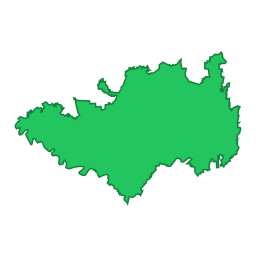 Hueyapan de Ocampo, Veracruz, Mexico
{"feature_id": "50627088B79595248212250", "entity_name": "Hueyapan de Ocampo", "entity_type": "district", "adm_level": 2, "iso_a3": "MEX", "parent_name": "Mexico", "parent_adm1": "Veracruz", "projection": "robinson", "projection_center": [-95.171, 18.195], "detail": "fine", "context": "isolated", "style": "filled", "palette": "green", "viewbox_px": 256, "rotation_deg": 0, "n_neighbors": 0, "source": "geoboundaries", "source_scale": "gbopen_adm2", "svg_char_len": 5801}
<svg xmlns="http://www.w3.org/2000/svg" viewBox="0 0 256 256"><path d="M223.9,166.6L224.2,166.2L223.7,165.2L226.3,164.0L225.9,162.8L227.0,163.2L228.2,161.6L230.1,161.2L229.9,158.2L231.3,158.1L230.8,157.4L231.6,156.4L232.6,157.1L234.3,154.3L235.3,154.8L236.8,154.0L237.0,150.9L237.7,150.6L238.9,147.6L237.4,145.4L237.4,142.9L236.1,143.3L237.3,142.1L237.6,140.8L236.1,139.9L238.1,138.7L237.2,137.6L237.1,135.4L239.7,132.8L240.6,128.6L240.0,127.4L237.8,127.6L237.7,123.7L239.0,122.6L237.3,122.9L238.7,116.5L238.8,115.4L238.0,115.4L238.4,110.0L240.0,106.9L237.8,105.9L237.7,106.6L236.0,106.5L233.0,108.1L231.6,110.5L230.3,109.2L230.8,109.0L230.9,108.5L228.9,106.9L229.7,105.8L229.0,105.7L229.1,105.0L229.9,104.9L229.9,102.9L229.2,103.0L229.5,98.5L226.5,99.2L226.0,98.0L226.9,97.8L226.4,97.0L226.9,94.1L225.8,94.2L226.0,91.9L226.6,92.0L227.3,90.2L226.4,90.0L227.4,89.2L227.1,86.9L229.0,86.8L229.5,83.1L227.4,83.6L225.7,86.9L224.3,86.9L224.1,88.9L222.6,88.9L222.0,90.4L223.1,90.6L222.9,91.6L221.1,91.4L221.3,90.4L220.4,90.3L220.7,88.9L222.2,88.9L222.5,86.4L221.6,86.3L221.9,83.3L222.8,83.2L223.9,77.2L222.0,77.3L222.2,76.4L221.1,76.4L221.0,71.5L222.4,71.8L222.0,69.0L219.3,69.1L218.9,64.5L220.3,64.4L220.2,63.6L225.1,63.4L226.2,61.6L222.8,58.0L222.2,53.6L221.2,52.2L218.3,54.6L214.7,54.4L212.1,56.9L210.0,57.0L210.1,58.8L209.6,58.8L209.4,60.1L210.0,61.5L207.0,61.0L207.2,63.0L204.8,62.6L204.8,68.7L208.5,69.2L209.4,77.1L205.8,76.7L205.8,77.5L204.1,77.9L204.1,79.2L202.4,78.9L202.9,81.5L201.9,81.3L202.1,82.9L201.1,82.8L199.5,84.6L188.5,81.3L188.6,80.5L185.5,76.3L185.1,73.6L186.3,68.5L183.5,68.3L182.7,69.3L181.9,68.6L180.8,62.8L181.1,59.4L179.2,60.9L179.2,62.2L177.9,62.8L177.4,64.1L173.1,65.4L172.6,64.8L171.2,66.1L169.5,64.7L168.8,65.2L162.7,62.2L159.4,64.8L159.1,68.9L153.7,73.0L150.9,73.1L150.1,74.0L149.6,73.5L148.7,74.4L146.1,71.8L146.5,70.7L148.5,71.3L148.4,69.8L149.7,70.0L147.6,68.1L148.3,67.5L147.4,65.8L145.7,68.1L143.3,66.4L141.7,69.2L142.4,67.2L139.9,65.9L138.3,68.1L137.1,67.2L135.8,69.2L133.9,68.2L134.1,67.0L132.7,67.5L132.7,69.4L130.9,69.3L130.8,67.7L129.0,67.9L129.1,70.2L127.2,70.3L127.2,71.1L125.6,71.5L125.1,75.8L126.6,76.0L126.5,76.4L122.9,85.9L121.2,87.1L121.1,89.6L118.2,93.0L115.9,92.3L114.1,93.0L112.8,91.9L109.3,91.8L109.4,90.8L108.5,90.0L110.1,90.4L110.2,89.8L108.3,89.4L107.3,85.8L106.4,85.8L105.1,82.5L105.6,81.5L102.3,81.8L103.1,81.2L103.0,78.6L102.1,78.7L102.1,80.0L100.2,80.1L100.3,81.4L99.3,81.3L99.3,84.2L98.3,84.1L97.7,85.6L98.4,86.3L98.3,89.0L102.3,89.1L102.4,91.1L104.0,91.0L104.0,92.6L107.8,93.1L107.5,93.8L109.4,94.6L109.3,95.2L111.6,94.9L111.2,96.2L114.3,96.3L114.4,95.3L117.0,95.7L115.7,99.8L112.9,102.7L113.0,103.4L111.5,104.3L109.1,102.7L108.4,102.9L108.9,104.3L105.3,104.9L105.2,109.0L101.6,110.0L100.9,106.5L95.6,106.8L95.5,103.4L90.1,103.7L89.4,100.9L78.3,100.5L75.6,99.7L75.5,98.3L73.8,98.0L74.2,99.3L75.0,99.5L77.9,112.4L79.7,115.4L76.7,117.1L76.5,118.1L74.3,117.9L74.7,118.9L73.1,118.2L72.3,116.7L71.9,117.2L69.9,115.0L68.4,116.8L68.0,116.5L67.7,116.2L69.1,114.2L68.3,113.5L67.2,115.1L66.5,114.5L65.1,116.3L63.5,114.6L61.2,114.3L60.1,113.0L63.9,108.0L62.1,107.4L62.1,108.5L61.6,108.8L61.2,106.7L61.8,106.7L61.9,106.0L60.7,104.9L59.0,104.8L57.4,103.2L56.7,104.5L55.9,103.2L55.1,103.9L55.9,106.2L54.7,105.3L54.0,106.5L53.3,105.5L53.6,104.4L52.6,104.2L52.3,103.5L50.3,105.2L48.3,104.5L47.0,102.7L45.6,102.0L42.2,104.0L44.4,107.8L42.0,109.2L42.6,111.0L42.0,112.0L40.7,112.0L41.9,109.3L41.2,107.8L38.6,108.5L37.5,107.3L34.7,109.2L32.6,112.2L31.3,110.3L30.5,110.1L30.2,110.8L31.3,112.3L30.6,113.6L29.3,111.9L27.3,112.4L28.7,115.1L28.6,116.4L26.9,114.3L27.5,117.3L24.9,118.5L20.3,116.7L18.2,118.6L19.5,120.5L19.3,121.2L17.7,121.9L15.4,125.2L15.5,127.2L16.6,128.7L20.1,127.7L18.9,132.8L19.2,134.3L20.0,135.0L22.1,134.2L24.6,130.8L26.9,129.5L28.0,130.1L28.1,130.9L26.1,133.6L26.0,135.4L31.0,144.6L32.0,144.0L33.0,138.8L33.9,138.5L35.1,139.2L37.4,142.8L41.2,141.7L42.5,142.3L44.4,147.4L48.5,151.1L50.1,151.6L52.8,149.1L54.2,149.1L54.6,150.5L51.9,152.7L51.8,154.6L52.9,155.8L56.3,155.1L58.5,156.3L59.4,158.4L58.7,163.3L59.8,164.7L62.9,164.1L63.8,161.0L64.6,160.2L66.3,162.7L66.6,164.6L65.9,167.3L66.7,168.2L69.7,168.7L74.3,167.1L80.1,166.3L83.9,166.9L84.2,168.1L79.0,172.4L79.7,173.8L82.8,175.4L85.4,175.0L89.0,169.5L91.5,168.4L93.2,169.3L93.2,170.0L94.5,170.0L94.8,169.0L95.1,170.6L95.9,170.7L95.5,171.6L96.8,172.2L99.1,177.2L104.4,174.9L107.3,174.5L108.2,175.2L108.3,176.4L107.7,178.2L108.9,179.7L107.4,183.1L110.1,185.3L111.1,184.2L114.3,186.6L114.0,188.1L114.7,188.6L117.7,189.7L118.5,191.0L117.8,191.3L118.9,191.8L118.5,193.0L119.2,193.9L120.1,193.4L120.1,194.8L121.2,194.5L121.7,195.2L124.6,195.6L125.1,196.8L124.1,198.4L124.4,200.2L126.6,201.9L127.6,203.8L129.2,196.8L130.4,196.5L131.6,197.4L134.0,196.8L136.6,194.1L139.5,194.2L140.5,195.5L142.7,190.6L141.6,190.6L140.7,188.4L144.2,185.1L144.0,184.0L145.5,183.7L147.3,179.7L149.7,178.9L149.9,176.7L151.0,177.3L151.9,175.3L150.9,174.8L151.7,172.9L152.9,173.5L154.0,171.4L154.6,171.6L156.1,169.5L155.3,168.8L156.5,166.4L156.0,165.9L159.0,165.8L160.1,163.2L161.7,164.1L164.5,164.4L166.9,166.0L167.3,165.2L168.9,166.5L170.7,166.0L171.5,164.3L171.8,164.6L176.8,158.0L180.6,159.2L181.4,161.8L183.3,162.0L189.1,157.5L191.8,159.4L187.0,163.7L190.3,163.7L190.2,165.8L191.8,166.8L191.7,165.4L194.9,167.6L194.9,171.9L197.8,175.9L199.1,173.5L200.9,173.7L201.3,172.1L203.5,172.2L203.1,169.7L205.9,169.6L207.7,170.6L207.8,169.7L209.7,169.9L209.1,166.9L209.8,161.6L211.7,161.3L211.4,158.8L214.2,160.5L213.7,161.7L216.4,161.6L216.7,167.6L218.7,167.5L217.9,157.0L219.5,158.8L219.3,156.6L218.3,156.4L218.4,155.6L219.3,155.5L219.7,154.6L221.9,154.9L221.6,155.9L223.2,156.2L222.9,158.3L221.0,160.3L221.6,161.3L221.7,164.5L220.6,164.6L220.7,165.9L223.8,165.8L223.9,166.6Z" fill="#22c55e" stroke="#15803d" stroke-width="1.5"/></svg>